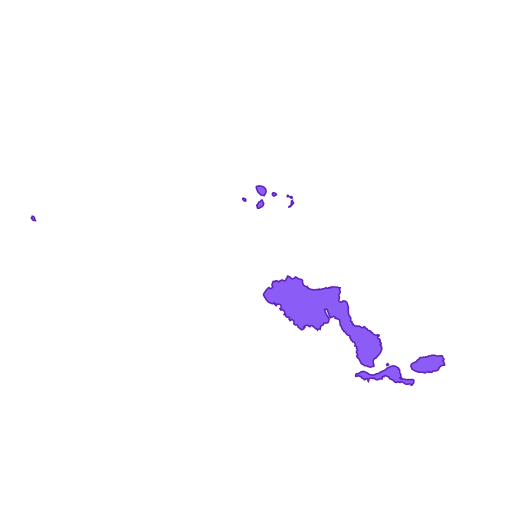 outline of Kepulauan Talaud, Sulawesi Utara, Indonesia, rotated 297°
{"feature_id": "22746128B45484540858108", "entity_name": "Kepulauan Talaud", "entity_type": "district", "adm_level": 2, "iso_a3": "IDN", "parent_name": "Indonesia", "parent_adm1": "Sulawesi Utara", "projection": "orthographic", "projection_center": [126.807, 4.647], "detail": "fine", "context": "isolated", "style": "filled", "palette": "violet", "viewbox_px": 512, "rotation_deg": 297, "n_neighbors": 0, "source": "geoboundaries", "source_scale": "gbopen_adm2", "svg_char_len": 6172}
<svg xmlns="http://www.w3.org/2000/svg" viewBox="0 0 512 512"><g transform="rotate(297 256 256)"><path d="M230.2,280.5L225.4,280.0L224.5,280.6L223.1,282.5L222.7,283.6L221.6,285.0L220.5,288.4L220.8,292.2L222.6,293.8L222.4,294.5L221.6,294.6L221.9,295.0L221.5,295.7L220.9,296.0L220.9,296.5L221.0,296.8L221.7,296.5L222.8,296.8L223.7,298.8L223.8,299.8L222.3,301.5L221.1,302.2L220.5,301.4L219.9,301.1L219.1,302.6L220.1,304.7L219.6,306.3L218.1,307.9L217.6,307.9L217.5,307.5L216.5,307.6L217.2,309.1L216.1,309.4L215.5,311.5L216.4,313.1L215.8,314.1L214.8,314.0L213.9,315.7L214.1,316.1L215.2,316.1L215.6,317.2L215.6,318.6L214.5,320.0L212.7,320.4L212.3,322.2L213.3,324.2L211.7,326.0L211.0,329.9L211.3,330.7L212.7,331.5L213.6,331.7L214.2,331.0L214.6,331.5L214.7,331.1L215.2,331.5L215.5,331.1L217.6,332.8L217.4,333.5L217.8,334.1L217.3,334.9L217.4,336.2L218.9,336.5L219.4,337.5L218.8,340.7L218.3,342.1L218.4,343.4L217.9,344.5L218.6,344.4L219.3,345.1L219.8,345.6L219.8,346.5L222.0,345.7L223.4,345.8L225.4,347.2L226.8,346.8L227.9,348.4L227.9,348.9L229.3,350.4L230.0,350.5L233.1,349.8L236.3,344.7L239.4,341.3L240.8,343.4L235.2,349.5L234.9,350.6L236.9,352.1L237.6,353.3L237.4,354.8L236.7,354.8L236.9,355.1L236.5,355.5L237.2,358.5L236.8,359.3L235.7,360.4L232.5,362.5L232.2,363.6L229.9,366.1L229.3,367.9L228.7,368.4L229.0,368.9L227.3,372.7L227.1,374.3L227.6,375.0L227.5,375.6L226.8,376.4L225.8,376.7L225.3,377.9L224.1,379.1L224.2,379.6L223.4,381.6L223.8,382.0L223.5,383.2L222.3,384.4L220.6,385.1L221.0,386.4L220.8,386.8L220.4,387.2L219.3,387.4L218.5,389.0L218.1,389.2L216.9,388.7L215.3,389.5L215.1,390.7L214.2,391.3L213.3,391.5L212.7,391.0L212.3,391.3L211.4,392.7L211.3,394.1L208.0,398.5L207.7,399.6L208.0,401.0L207.5,402.2L207.7,403.1L208.5,404.6L208.3,405.7L208.7,407.8L208.9,408.6L209.9,409.3L211.0,410.9L211.2,410.6L212.2,410.8L214.7,408.5L216.2,407.9L218.3,408.2L219.1,408.6L219.2,409.1L225.5,410.7L230.3,410.4L231.3,409.8L231.5,409.0L232.6,408.8L232.9,407.3L233.3,406.9L234.6,407.6L235.4,406.7L235.8,405.0L236.7,405.3L237.3,405.0L238.2,403.5L237.8,402.4L238.1,401.6L239.6,401.2L240.8,402.0L241.4,401.5L241.0,399.9L240.0,399.4L239.7,398.9L239.7,396.0L240.5,394.3L240.1,393.5L240.8,393.0L241.2,391.3L240.5,389.5L241.6,387.8L241.3,386.5L242.0,385.8L242.2,384.3L240.5,383.7L240.2,383.1L240.5,379.7L239.5,378.7L239.5,377.4L238.4,376.2L238.9,375.1L238.6,374.0L239.6,373.4L239.6,372.4L240.0,371.9L241.2,371.3L240.9,370.2L241.3,369.6L243.8,368.7L245.7,365.3L250.0,362.5L251.3,362.2L252.7,361.3L256.0,357.9L256.3,355.8L255.7,354.3L255.3,353.7L253.9,353.5L253.6,352.8L253.3,351.0L253.8,349.9L256.9,349.3L258.7,347.5L261.5,347.6L262.8,347.0L263.8,345.8L265.9,345.4L265.2,344.0L265.3,342.9L262.9,337.6L262.1,336.6L261.6,336.9L261.1,336.5L261.3,336.1L260.9,335.1L260.0,335.0L259.3,333.9L259.7,332.9L257.9,331.4L255.2,328.2L254.9,327.7L255.2,327.2L254.6,327.2L253.7,325.7L253.8,325.3L252.4,323.6L251.2,320.2L251.0,316.7L251.6,316.6L251.7,315.7L252.0,315.5L251.7,315.3L251.4,313.1L251.7,311.2L252.3,310.9L253.2,309.6L255.1,308.8L255.8,307.5L255.0,304.4L255.4,301.1L255.0,300.4L253.9,300.5L251.9,298.7L252.8,295.2L252.5,293.3L252.2,293.1L251.5,293.8L249.3,293.2L248.1,293.6L246.6,292.7L246.3,292.0L246.7,291.0L246.5,290.0L244.5,288.5L243.2,288.0L243.5,286.8L243.3,285.6L242.7,284.7L242.1,284.9L241.7,284.7L241.7,283.7L241.2,282.8L238.0,283.1L236.9,283.7L236.3,284.9L235.8,284.9L234.5,284.5L233.5,283.8L233.3,283.0L233.9,281.9L233.5,281.5L230.2,280.5ZM234.8,446.8L231.6,444.3L230.2,443.5L228.1,444.0L226.1,446.3L225.8,449.8L226.3,453.7L227.9,456.6L228.5,459.7L231.1,461.7L231.2,462.5L230.8,462.9L231.6,463.7L231.8,464.9L232.7,465.8L233.7,465.9L235.9,469.2L237.5,470.1L240.0,470.0L241.7,470.6L243.1,471.6L244.2,473.4L244.7,473.6L246.6,471.7L247.6,470.1L248.8,470.6L249.4,470.4L250.2,468.7L251.5,467.6L251.3,466.4L248.9,462.6L248.6,460.2L248.3,459.4L247.8,459.1L247.6,457.9L246.9,457.2L246.1,457.0L245.3,455.1L243.7,454.4L243.2,452.9L242.7,452.8L241.6,450.6L240.7,449.9L240.1,448.4L239.3,448.0L237.8,448.0L236.8,447.1L234.8,446.8ZM196.3,398.8L195.0,398.8L194.0,399.6L195.9,402.0L195.9,403.5L196.3,404.2L195.4,405.3L195.3,405.9L195.7,406.4L194.9,408.8L195.6,409.5L196.9,409.8L197.1,410.9L195.3,413.0L196.5,413.0L196.9,412.4L198.4,412.7L198.9,413.1L199.5,414.1L200.0,416.1L200.8,416.3L200.3,419.0L201.0,420.7L202.8,422.0L203.6,424.1L204.0,424.3L205.1,423.5L205.9,423.4L206.6,424.1L206.4,424.8L207.1,424.7L208.2,425.5L208.0,426.0L208.4,426.7L208.3,428.1L208.6,428.9L207.3,431.0L207.6,434.2L206.7,436.7L207.0,438.5L207.9,439.1L208.0,439.7L208.5,440.1L208.6,441.7L209.3,441.8L210.2,443.5L209.8,447.9L212.1,451.6L211.9,452.4L211.2,453.0L211.6,453.5L214.1,454.1L215.9,453.7L217.0,453.0L217.1,451.8L214.1,446.0L213.6,443.9L213.0,442.6L213.3,441.7L212.4,441.5L212.2,440.0L212.7,439.5L214.0,440.3L215.1,439.2L215.8,439.2L217.3,437.1L219.6,435.8L220.3,434.6L220.1,434.1L220.7,434.0L221.0,433.1L220.8,432.0L221.1,430.5L220.9,429.4L220.4,428.1L219.2,426.6L215.5,423.6L213.4,423.1L208.8,419.4L207.4,418.8L205.5,416.5L204.7,416.2L203.2,414.6L202.0,411.4L202.4,407.5L202.1,404.4L200.8,402.4L197.3,400.3L197.1,399.3L196.3,398.8ZM317.9,235.8L319.9,234.4L320.9,232.0L321.0,230.7L320.1,227.2L318.8,225.4L317.9,224.8L317.0,225.2L314.0,228.4L312.6,232.4L313.4,235.8L316.0,236.1L317.9,235.8ZM301.8,233.6L301.0,233.9L300.6,235.0L299.6,235.2L299.3,235.9L299.9,237.0L302.7,239.0L304.4,239.4L306.3,239.1L307.4,237.4L308.6,236.4L308.4,235.5L306.2,235.0L305.3,234.0L303.3,234.1L301.8,233.6ZM319.6,242.2L318.0,242.7L317.4,244.5L317.8,245.2L319.9,246.4L320.6,245.5L320.6,243.2L319.6,242.2ZM189.5,38.8L188.1,38.4L186.8,40.3L186.8,41.9L187.4,43.4L188.1,42.3L189.8,40.9L190.2,39.3L189.9,38.6L189.5,38.8ZM321.9,263.2L321.1,262.6L317.6,264.1L316.2,263.8L315.1,262.9L314.5,263.2L315.3,264.1L320.0,265.5L320.4,265.4L321.5,263.3L321.9,263.2ZM301.2,218.0L300.4,218.5L299.8,220.2L299.9,221.3L300.4,221.9L301.7,221.3L302.0,220.5L301.9,218.6L301.2,218.0ZM325.2,260.7L324.0,259.1L323.5,260.9L323.8,261.8L324.9,261.5L325.2,260.7ZM218.3,421.8L217.8,422.5L219.2,423.6L220.0,422.2L219.2,421.8L218.3,421.8ZM324.6,256.7L323.2,256.7L323.1,257.4L323.9,258.0L324.0,257.4L324.6,257.4L324.6,256.7Z" fill="#8b5cf6" stroke="#5b21b6" stroke-width="1.5"/></g></svg>